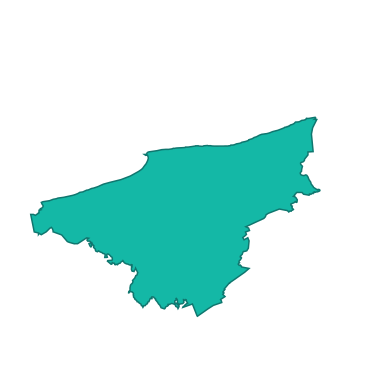 the district of eThekwini, KwaZulu-Natal, South Africa, rotated 225°
{"feature_id": "47623444B60178842862169", "entity_name": "eThekwini", "entity_type": "district", "adm_level": 2, "iso_a3": "ZAF", "parent_name": "South Africa", "parent_adm1": "KwaZulu-Natal", "projection": "albers", "projection_center": [30.82, -29.885], "detail": "fine", "context": "isolated", "style": "filled", "palette": "teal", "viewbox_px": 384, "rotation_deg": 225, "n_neighbors": 0, "source": "geoboundaries", "source_scale": "gbopen_adm2", "svg_char_len": 5947}
<svg xmlns="http://www.w3.org/2000/svg" viewBox="0 0 384 384"><g transform="rotate(225 192 192)"><path d="M291.2,78.1L289.4,77.4L287.6,77.1L286.9,76.2L286.8,74.5L287.4,73.0L287.3,72.5L286.2,72.7L286.9,71.2L287.2,70.9L285.5,69.1L285.7,68.8L285.5,68.7L286.3,64.7L288.3,64.0L290.2,62.1L275.3,52.2L271.6,54.5L270.6,53.5L270.8,54.6L268.4,55.2L266.9,60.8L266.9,66.0L266.7,66.3L266.5,67.5L264.8,67.4L262.5,66.2L262.1,65.6L253.8,69.5L245.1,68.8L243.2,69.6L238.7,72.1L236.3,74.6L234.1,85.0L232.4,86.2L232.6,84.6L232.2,83.7L231.0,83.5L229.7,84.8L229.0,85.1L228.1,85.0L227.8,84.7L227.8,83.9L228.4,83.0L228.4,82.6L226.0,81.7L224.8,81.6L224.5,82.2L225.0,83.4L226.7,84.4L226.8,85.2L225.3,84.6L223.3,84.6L222.3,83.2L219.9,83.2L218.9,82.4L217.9,82.2L216.5,83.0L216.5,84.3L214.8,84.6L212.7,85.5L211.4,85.6L210.6,86.2L209.7,86.5L208.9,86.1L207.4,84.0L206.3,85.1L205.7,86.0L207.9,87.2L208.1,87.8L207.7,88.7L206.5,89.1L204.4,89.2L203.8,89.0L202.6,89.3L202.1,89.2L200.6,88.0L200.3,87.2L202.8,84.3L203.1,83.9L202.9,83.3L198.1,83.7L197.7,84.3L198.5,85.7L197.3,86.0L196.6,86.7L196.2,86.7L195.4,86.1L194.9,86.2L194.2,87.5L193.3,87.8L193.2,88.3L193.5,89.2L192.5,90.8L192.7,91.8L192.6,93.2L192.3,93.6L192.4,94.6L189.9,94.1L188.6,94.4L187.2,95.0L186.5,95.6L184.7,96.2L183.9,96.8L183.6,97.7L183.3,98.0L183.1,98.0L182.8,97.0L182.2,96.6L182.2,97.4L181.3,96.5L181.4,95.9L180.2,94.5L178.7,93.7L178.1,93.8L177.6,94.4L176.8,94.7L177.6,97.5L178.0,98.2L173.3,96.6L173.3,96.2L172.2,94.6L172.6,93.2L171.6,90.6L171.5,87.4L170.4,87.0L169.6,85.1L169.8,84.1L169.6,82.6L168.0,80.3L166.4,78.8L166.3,76.9L165.2,75.4L165.4,76.7L165.1,78.1L163.9,79.0L163.2,78.8L162.3,79.1L161.5,78.8L160.8,77.6L160.3,77.6L159.1,76.4L157.1,76.3L157.0,76.0L156.4,75.8L154.6,76.1L153.7,75.9L153.3,75.6L151.8,76.4L151.4,76.1L148.7,76.6L147.5,75.9L146.6,76.3L145.2,75.8L145.7,77.5L144.8,78.5L145.0,80.4L144.6,81.1L144.8,82.0L145.4,82.6L145.3,83.4L144.9,83.9L146.2,87.1L145.8,87.6L144.9,88.2L145.1,88.6L146.2,88.9L146.2,89.6L144.8,90.6L143.9,90.4L142.5,90.7L142.1,90.6L142.2,90.3L141.6,90.0L138.5,89.7L136.6,89.2L134.6,89.2L132.0,88.3L128.9,89.8L128.7,90.5L129.3,91.9L129.1,93.2L128.7,93.8L128.6,95.1L128.8,95.4L129.3,95.3L129.5,95.6L128.6,96.4L127.6,98.8L126.2,99.7L124.1,100.4L122.8,99.7L122.2,99.7L120.8,100.3L119.5,99.7L120.1,101.7L120.7,102.4L124.7,102.2L125.4,101.3L126.1,101.7L127.1,102.7L126.8,104.6L128.0,105.4L127.9,105.7L127.5,105.7L126.1,105.4L123.7,103.3L122.7,103.3L121.4,103.8L121.0,104.8L119.8,106.3L119.6,107.5L119.7,108.2L122.0,109.9L121.7,110.2L121.1,110.0L120.4,110.3L120.4,111.5L119.8,111.7L118.4,110.6L117.2,110.6L116.4,110.3L116.9,108.9L117.1,107.3L116.9,106.1L117.2,104.6L116.9,103.9L112.5,113.1L100.8,108.0L100.3,108.0L98.0,121.1L96.7,127.0L92.8,134.9L94.1,135.7L95.8,136.2L94.7,141.4L97.9,141.4L98.0,143.2L99.4,143.1L99.8,146.3L100.6,146.2L101.3,154.0L100.9,154.1L101.0,155.3L98.0,172.5L97.6,178.3L103.8,174.1L104.7,174.5L105.0,174.3L106.2,174.5L106.5,174.2L106.7,173.5L108.2,173.6L108.5,174.1L108.4,175.5L108.9,175.4L109.3,175.7L110.0,177.0L109.8,178.1L110.4,180.4L111.1,180.6L111.7,180.1L112.0,180.2L112.5,181.1L112.4,183.4L113.4,185.4L113.5,186.2L113.3,186.8L112.9,187.0L111.7,189.1L112.4,192.1L117.1,197.8L120.2,199.1L121.4,195.0L123.9,195.7L123.5,198.8L123.5,200.5L125.9,201.5L124.1,205.4L126.5,206.5L129.4,205.5L122.5,224.2L122.6,226.3L123.5,228.3L123.0,230.8L118.2,241.7L111.4,246.3L109.4,246.3L109.4,247.4L109.0,248.0L108.3,248.6L108.5,249.1L107.9,251.0L107.9,251.4L108.4,251.5L109.6,251.3L110.5,252.1L110.9,252.1L111.1,252.9L112.4,252.5L112.9,253.0L113.4,253.1L113.6,253.4L112.3,256.5L112.2,258.3L111.9,258.5L111.4,258.2L110.8,258.5L110.7,258.7L110.7,259.3L111.1,259.6L112.0,260.9L114.6,261.5L115.8,261.4L117.2,260.7L117.0,262.2L117.6,262.8L117.4,263.9L117.6,264.9L117.6,265.8L113.8,269.5L111.6,269.3L107.0,272.5L106.9,273.1L107.5,273.7L107.0,274.3L106.3,274.5L105.9,276.2L105.3,276.6L105.9,277.6L105.7,278.0L105.2,277.9L105.1,278.1L105.4,278.7L104.5,279.1L104.1,280.1L103.3,280.9L102.6,282.7L102.5,283.2L102.8,283.7L103.2,283.8L103.8,283.7L104.7,283.0L104.6,282.4L104.7,282.2L109.4,281.2L110.0,281.5L113.6,282.0L115.0,282.9L118.1,283.5L120.8,284.7L122.6,285.0L123.6,284.6L124.5,282.7L126.6,281.3L127.7,281.3L128.9,281.9L129.2,283.3L129.1,283.9L130.7,285.9L132.1,288.3L134.6,288.4L135.4,288.9L135.8,289.4L135.7,290.1L134.8,291.8L134.7,293.1L135.0,294.1L135.6,294.7L136.2,300.2L138.3,302.3L134.9,306.2L148.5,317.4L152.1,322.7L155.0,331.4L155.9,330.5L156.2,330.5L156.3,330.8L156.7,330.3L156.6,330.9L156.8,331.5L157.0,331.7L157.2,331.4L157.8,331.8L161.4,326.7L162.5,325.5L163.1,325.2L163.2,324.8L162.9,324.3L163.0,323.3L163.7,321.9L165.0,320.3L165.7,317.9L166.3,316.8L168.3,314.6L168.2,312.7L168.8,310.8L169.8,309.0L169.7,308.6L170.0,307.9L169.9,307.5L170.2,307.2L170.4,306.1L171.0,305.6L171.0,305.0L172.2,303.3L172.3,302.3L174.9,296.4L177.7,291.7L179.0,288.6L180.3,286.3L183.5,282.1L184.5,279.9L185.5,276.6L186.7,274.3L186.7,273.7L187.5,271.3L188.2,270.4L188.5,269.3L188.8,269.1L188.8,268.8L188.6,268.6L188.7,267.9L190.0,265.4L192.0,262.3L192.0,261.7L192.7,260.2L194.6,257.5L195.6,255.1L196.7,253.6L197.7,252.7L197.7,251.9L199.9,249.0L200.5,248.7L200.8,248.2L208.4,240.5L210.4,238.7L211.7,237.8L213.1,236.3L214.0,235.8L216.4,232.9L216.6,232.1L217.3,231.3L219.7,229.3L220.5,229.0L220.9,228.3L222.0,227.4L222.0,227.1L224.1,224.2L226.6,220.9L228.4,219.1L228.3,218.7L229.1,217.7L234.2,212.0L235.3,210.4L236.2,209.6L236.5,208.6L238.7,205.6L240.8,203.5L243.3,200.6L246.0,196.4L250.8,190.0L251.4,188.7L251.4,187.8L251.1,187.1L251.1,186.1L252.2,184.9L250.6,185.2L249.5,186.6L247.5,185.6L246.7,184.9L245.7,183.1L244.9,181.0L244.2,178.6L244.3,178.0L243.6,173.6L243.8,171.4L244.3,168.8L246.9,159.7L251.0,150.5L256.9,140.7L260.2,134.9L262.5,128.9L264.4,125.1L265.5,123.5L266.8,120.1L267.8,118.8L269.3,114.8L271.1,112.4L271.6,110.3L272.8,107.5L274.1,105.1L279.0,97.5L282.5,92.9L283.2,91.3L285.0,88.7L286.6,85.1L290.5,79.8L291.2,78.1Z" fill="#14b8a6" stroke="#0f766e" stroke-width="1.5"/></g></svg>